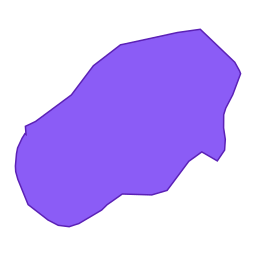 outline of Plav
{"feature_id": "MNE-1503", "entity_name": "Plav", "entity_type": "Municipality", "adm_level": 1, "iso_a3": "MNE", "parent_name": "Montenegro", "parent_adm1": "", "projection": "orthographic", "projection_center": [19.907, 42.587], "detail": "fine", "context": "isolated", "style": "filled", "palette": "violet", "viewbox_px": 256, "rotation_deg": 0, "n_neighbors": 0, "source": "natural_earth", "source_scale": "10m", "svg_char_len": 595}
<svg xmlns="http://www.w3.org/2000/svg" viewBox="0 0 256 256"><path d="M200.3,29.3L234.8,62.3L239.5,70.8L240.6,73.7L232.7,94.8L225.8,108.0L223.7,114.7L223.6,127.9L225.3,139.4L224.6,150.1L217.3,160.9L201.8,151.9L188.8,161.3L167.1,190.4L151.8,194.9L122.3,194.0L107.4,204.5L107.2,204.6L101.7,210.0L78.8,223.6L74.9,224.8L69.2,226.7L58.2,225.3L48.0,220.0L28.1,204.6L17.8,179.2L15.7,171.6L15.4,166.0L16.5,153.6L17.6,147.9L22.1,138.2L24.9,133.7L26.0,134.5L25.4,126.3L35.5,121.5L71.4,94.9L93.4,65.7L120.5,44.8L123.5,44.2L177.5,32.5L200.3,29.3Z" fill="#8b5cf6" stroke="#5b21b6" stroke-width="1.5"/></svg>